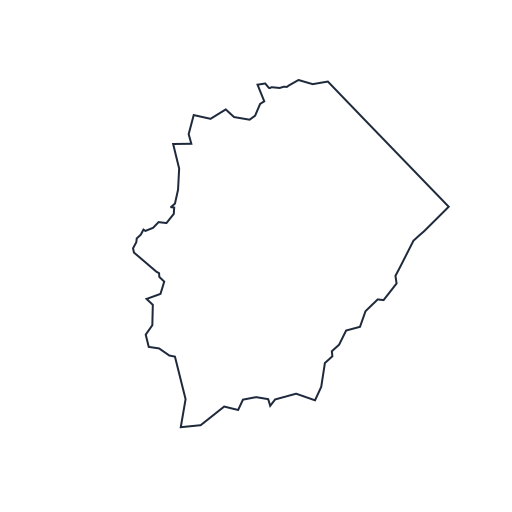 Wilkes, North Carolina, United States of America (orthographic projection), rotated 314°
{"feature_id": "52423323B43261157004179", "entity_name": "Wilkes", "entity_type": "district", "adm_level": 2, "iso_a3": "USA", "parent_name": "United States of America", "parent_adm1": "North Carolina", "projection": "orthographic", "projection_center": [-81.218, 36.219], "detail": "fine", "context": "isolated", "style": "outline", "palette": "slate", "viewbox_px": 512, "rotation_deg": 314, "n_neighbors": 0, "source": "geoboundaries", "source_scale": "gbopen_adm2", "svg_char_len": 1279}
<svg xmlns="http://www.w3.org/2000/svg" viewBox="0 0 512 512"><g transform="rotate(314 256 256)"><path d="M80.6,320.8L95.8,333.7L125.6,337.7L132.8,350.1L143.6,346.4L153.0,353.0L153.3,353.2L153.5,353.5L154.2,353.9L154.6,354.2L161.5,364.2L158.1,370.3L166.1,369.4L184.8,380.5L193.2,398.7L207.2,393.8L226.9,379.9L236.9,380.6L240.2,376.7L249.9,377.4L265.0,372.6L277.3,380.0L292.4,373.1L309.3,373.7L312.9,378.4L333.9,376.2L338.6,370.1L348.9,367.1L376.5,358.6L378.7,358.8L383.7,359.1L388.2,359.5L390.4,359.7L409.7,360.1L425.3,360.4L429.3,244.4L431.4,186.5L419.0,177.4L412.1,164.3L401.2,161.1L399.2,160.8L396.8,158.2L393.3,156.3L388.3,150.0L386.4,149.3L385.9,148.5L386.5,142.8L380.3,138.1L373.0,154.5L368.3,153.3L356.3,157.9L349.6,156.7L340.7,143.7L340.4,132.4L323.1,128.0L314.1,113.3L296.9,122.9L291.8,131.5L279.0,118.6L265.5,140.0L249.5,153.9L237.4,161.3L232.3,160.9L232.2,161.1L234.0,163.5L229.2,167.6L217.5,168.7L212.7,162.4L204.8,162.4L197.2,159.0L196.8,156.7L191.3,158.3L185.8,158.0L182.8,160.3L176.1,162.2L173.7,165.8L175.5,195.2L176.3,198.2L173.8,201.0L173.8,207.8L162.4,213.6L149.1,207.1L149.2,215.7L134.2,229.5L122.8,231.3L116.1,242.0L122.2,250.5L124.1,262.2L124.1,262.4L124.1,262.6L127.3,267.6L104.1,304.8L80.6,320.8Z" fill="none" stroke="#1e293b" stroke-width="2"/></g></svg>